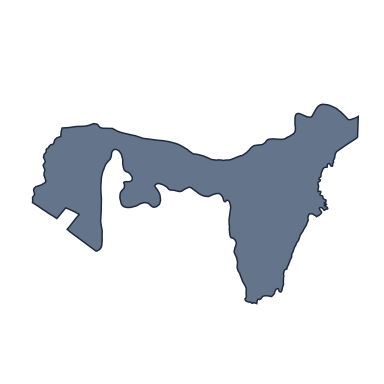 Uspantán, Quiché, Guatemala, rotated 97°
{"feature_id": "79465075B86057243605305", "entity_name": "Uspantán", "entity_type": "district", "adm_level": 2, "iso_a3": "GTM", "parent_name": "Guatemala", "parent_adm1": "Quiché", "projection": "orthographic", "projection_center": [-90.797, 15.482], "detail": "fine", "context": "isolated", "style": "filled", "palette": "slate", "viewbox_px": 384, "rotation_deg": 97, "n_neighbors": 0, "source": "geoboundaries", "source_scale": "gbopen_adm2", "svg_char_len": 5964}
<svg xmlns="http://www.w3.org/2000/svg" viewBox="0 0 384 384"><g transform="rotate(97 192 192)"><path d="M187.1,341.2L187.7,340.7L188.0,340.7L190.9,341.1L193.4,341.0L196.6,339.3L199.2,338.4L200.2,338.6L201.1,339.6L203.3,342.4L205.9,347.8L207.9,349.3L210.0,349.3L213.3,347.9L214.6,348.2L216.6,349.6L220.8,349.0L221.9,349.1L225.0,342.7L227.3,338.4L228.9,335.0L230.9,331.2L233.1,326.3L234.8,323.0L233.4,322.0L223.1,315.4L224.8,309.6L226.1,305.8L228.0,301.2L234.0,305.1L241.8,309.7L244.2,311.4L246.6,307.8L250.1,301.7L250.9,300.2L262.2,280.4L262.3,279.4L260.6,277.1L259.7,276.3L258.5,275.6L256.4,275.1L250.6,275.3L248.4,275.7L241.6,276.4L238.7,277.2L238.0,277.5L232.4,279.1L222.0,279.8L209.5,281.1L203.0,282.4L198.3,283.1L188.5,283.7L183.0,283.1L175.5,281.2L172.8,279.7L169.9,277.6L168.8,277.0L166.5,276.5L162.7,276.5L161.4,276.1L160.2,275.4L159.1,274.0L159.0,272.4L159.3,271.2L160.3,269.2L162.7,267.0L167.1,265.1L168.8,264.6L172.6,264.2L176.8,262.8L178.6,261.8L179.5,260.5L180.0,259.2L180.2,257.8L181.0,256.5L182.0,255.3L184.1,253.5L185.0,253.1L186.2,252.9L187.3,253.0L188.3,253.6L188.8,254.3L189.4,255.7L189.8,259.0L190.1,260.1L190.6,260.7L191.1,260.9L192.9,260.0L194.1,259.7L196.0,259.9L196.8,260.0L199.1,261.8L200.6,262.6L201.8,263.0L203.2,263.1L205.3,263.0L207.2,262.7L212.0,260.9L213.2,260.1L214.5,258.5L214.9,257.6L215.2,255.9L215.3,254.5L214.8,251.0L212.7,245.8L211.9,244.5L210.0,242.1L208.3,238.1L208.3,235.0L208.7,233.8L211.6,229.5L211.7,227.7L211.0,225.7L208.8,223.3L207.1,222.6L204.1,222.2L200.1,223.1L198.3,223.7L196.3,224.9L194.8,226.1L193.0,227.6L191.6,229.1L190.9,229.5L190.0,229.6L189.3,229.3L188.1,227.9L187.8,226.7L187.6,225.7L188.1,222.7L188.7,220.7L190.2,217.4L190.7,216.8L191.8,215.9L192.6,214.4L192.5,210.1L193.1,204.4L192.3,202.1L190.6,200.3L188.2,196.7L187.6,195.4L187.8,193.5L192.9,184.6L193.9,182.2L194.6,179.0L194.5,175.1L192.0,171.0L191.0,168.5L190.3,166.3L190.3,164.8L191.2,162.9L193.1,161.1L196.8,159.4L197.6,158.5L197.5,157.5L196.4,157.0L195.9,156.4L196.0,155.1L196.5,154.3L197.2,153.6L200.0,152.4L202.5,151.7L214.6,151.9L218.9,151.3L221.7,150.6L224.7,150.4L229.3,149.4L231.7,148.4L232.2,148.0L232.5,147.6L232.8,146.8L232.8,145.8L233.1,145.0L234.5,143.3L236.2,142.1L236.9,141.8L239.1,141.9L242.2,142.6L245.1,142.9L246.7,142.8L251.9,139.7L256.2,138.2L260.7,138.1L262.2,137.8L265.0,136.4L267.0,134.6L268.0,134.3L274.5,130.9L279.0,127.5L281.4,126.3L285.5,126.0L288.8,125.4L290.8,125.6L291.7,126.4L292.5,126.1L293.3,125.5L293.8,124.5L294.2,123.0L294.2,120.4L294.5,119.7L295.0,119.2L295.1,118.6L295.0,118.2L294.5,117.6L294.3,116.7L294.9,114.1L292.1,114.1L290.7,113.7L290.3,113.2L290.4,111.8L289.8,110.7L287.0,109.1L286.8,108.8L286.4,107.9L286.0,106.2L285.8,103.3L286.1,101.1L286.0,100.2L284.1,98.7L282.5,97.9L280.9,97.7L278.8,97.0L278.3,96.6L277.5,95.7L277.4,95.3L277.5,94.8L277.7,94.6L280.2,93.1L280.4,92.6L280.4,92.1L280.2,91.4L280.0,91.2L278.3,90.8L275.2,90.5L272.8,89.9L269.9,90.4L268.0,90.5L266.9,90.7L264.2,90.6L263.2,90.8L262.1,91.4L260.9,91.0L259.1,91.0L257.8,90.2L257.3,89.5L257.0,88.6L256.5,88.4L255.3,88.5L252.3,87.4L250.3,87.0L249.3,86.6L247.2,86.3L245.3,85.4L244.4,85.2L242.2,85.4L241.3,85.3L238.5,84.4L234.6,83.6L232.1,82.5L229.7,82.0L227.4,80.6L226.3,80.2L222.0,79.4L219.6,78.4L217.9,77.4L215.6,76.6L210.7,74.4L208.0,73.9L206.0,73.2L204.0,73.8L202.3,73.8L200.9,73.5L199.4,72.8L199.2,71.7L199.1,69.9L199.2,69.4L200.8,66.0L201.3,65.4L200.8,64.8L200.0,63.5L199.3,62.8L197.7,61.3L197.0,61.0L196.4,60.9L195.8,61.1L194.7,62.4L193.5,63.3L193.1,63.5L192.0,63.3L191.7,62.3L192.0,60.7L192.5,60.1L193.8,59.1L194.0,58.6L194.0,58.3L193.1,57.2L192.7,56.7L192.4,55.5L192.1,55.3L191.6,55.3L190.7,56.0L189.5,58.8L189.1,58.9L188.6,57.5L188.0,57.0L187.5,57.5L187.5,58.9L187.1,59.4L186.7,59.5L186.4,59.3L186.3,58.2L185.9,58.0L183.8,58.0L183.5,58.4L183.3,59.6L182.4,61.1L182.0,61.3L180.5,61.6L180.1,61.9L179.7,63.0L179.6,64.1L179.5,64.4L179.0,64.7L178.7,64.7L176.6,64.1L176.2,64.1L175.8,64.3L175.6,65.4L176.2,67.0L175.5,67.2L173.4,67.2L172.7,67.0L170.6,67.1L169.6,67.4L168.8,68.0L167.6,68.1L166.8,67.8L165.7,66.4L165.0,66.1L164.4,66.2L163.7,67.4L163.4,67.7L163.0,67.7L162.7,67.6L161.4,66.2L160.6,65.9L158.1,66.2L153.1,64.8L151.7,63.8L151.4,63.3L151.0,61.4L150.7,60.8L148.6,61.0L148.2,61.0L147.7,60.6L147.2,59.9L147.0,59.1L147.3,58.8L149.1,57.4L149.4,56.7L149.2,55.7L147.9,55.6L146.8,56.0L145.5,55.2L145.1,55.1L144.0,55.6L143.6,55.6L140.9,54.6L136.8,54.5L134.3,53.4L126.9,45.2L118.4,35.1L117.6,34.6L116.9,34.4L96.7,36.2L98.3,38.2L100.8,43.3L101.1,44.9L100.9,46.2L98.8,48.4L94.5,54.0L93.0,56.6L92.1,57.7L91.4,59.1L89.4,65.3L88.9,68.1L89.0,72.9L89.2,73.8L89.6,74.3L89.8,75.2L91.7,77.3L93.4,78.4L96.2,79.7L102.0,82.0L103.1,83.0L103.4,84.0L103.4,86.7L101.1,94.8L101.1,96.4L101.8,97.7L102.6,98.3L104.0,98.7L106.0,98.8L112.5,98.0L115.9,97.1L118.6,97.0L120.9,97.6L122.2,98.8L124.7,101.8L125.5,102.9L125.6,103.4L126.7,104.6L126.7,104.9L127.6,105.9L128.2,106.9L128.9,109.8L129.5,118.7L130.4,122.6L131.7,124.1L134.4,125.7L136.1,127.6L136.7,129.0L137.3,132.2L138.4,136.1L140.2,138.2L142.6,140.0L143.1,140.1L146.1,142.6L148.9,145.6L149.8,146.9L150.2,148.5L155.0,157.2L155.7,159.0L156.1,162.0L156.9,165.0L156.7,166.3L156.9,170.1L157.4,171.1L157.4,175.9L157.1,177.7L156.0,180.8L156.0,181.3L155.7,181.8L155.5,183.1L154.9,184.6L154.0,190.9L154.0,195.3L153.6,196.4L151.5,200.1L150.3,201.9L149.0,204.8L147.3,208.9L146.3,211.7L145.6,215.2L144.8,221.5L144.6,227.9L144.8,232.0L144.7,247.1L143.0,255.4L142.8,258.8L141.7,268.7L140.8,273.3L138.6,278.7L139.6,288.5L139.2,291.0L138.4,292.2L136.5,293.9L136.2,294.6L136.1,297.9L138.4,302.5L139.6,305.8L140.3,309.6L141.1,314.9L143.1,322.3L144.3,328.7L148.2,329.2L152.7,329.0L153.1,329.4L154.5,332.4L155.2,333.1L156.7,334.4L160.3,335.2L161.4,335.7L161.9,336.2L162.1,337.8L164.4,339.6L165.1,339.7L165.5,339.8L167.1,341.7L167.7,341.9L169.9,341.7L170.7,341.9L172.6,343.4L175.7,343.6L179.1,341.5L180.2,341.4L181.3,341.8L182.1,342.4L183.2,342.9L184.0,342.9L187.1,341.2Z" fill="#64748b" stroke="#1e293b" stroke-width="1.5"/></g></svg>